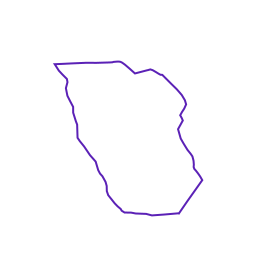 the district of Sirba, Western Darfur, Sudan, rotated 46°
{"feature_id": "16777658B17269795285399", "entity_name": "Sirba", "entity_type": "district", "adm_level": 2, "iso_a3": "SDN", "parent_name": "Sudan", "parent_adm1": "Western Darfur", "projection": "mercator", "projection_center": [22.421, 13.82], "detail": "fine", "context": "isolated", "style": "outline", "palette": "violet", "viewbox_px": 256, "rotation_deg": 46, "n_neighbors": 0, "source": "geoboundaries", "source_scale": "gbopen_adm2", "svg_char_len": 1283}
<svg xmlns="http://www.w3.org/2000/svg" viewBox="0 0 256 256"><g transform="rotate(46 128 128)"><path d="M173.0,189.9L177.1,189.9L181.2,189.5L183.1,190.0L186.4,189.2L191.1,184.5L192.5,183.5L194.8,181.9L202.4,174.6L207.5,171.5L215.2,162.3L224.7,150.6L224.8,150.6L221.8,135.8L219.4,123.0L217.1,110.8L213.1,109.8L210.8,109.4L208.7,109.1L205.9,108.8L203.5,108.7L201.7,107.9L200.1,106.1L197.2,103.7L196.4,103.2L193.2,101.4L190.4,100.9L185.0,100.4L177.7,98.8L172.2,97.4L163.6,92.8L160.7,83.4L158.4,82.5L155.1,81.6L154.0,78.0L153.1,74.1L151.4,69.8L147.6,67.8L141.6,66.4L134.0,66.0L126.7,66.2L114.8,66.4L113.6,66.4L112.2,67.7L111.4,67.9L110.5,68.2L107.0,69.1L103.8,70.0L103.1,70.3L102.0,70.9L101.4,71.2L100.8,72.3L100.2,73.5L99.9,73.9L93.6,85.1L86.6,85.6L80.3,86.2L77.0,86.8L75.3,87.4L73.9,88.4L72.7,89.7L71.7,90.9L70.4,92.5L69.8,93.7L67.7,96.1L58.7,106.0L56.0,108.7L54.5,110.3L52.8,112.0L51.5,113.4L49.9,115.2L42.9,123.1L36.7,130.2L31.2,136.4L31.8,136.5L38.7,137.9L43.8,138.0L50.3,137.9L53.0,139.7L56.2,145.0L62.7,149.2L68.5,151.0L74.7,152.8L78.9,156.8L86.9,160.8L90.2,162.2L100.0,171.1L104.0,171.8L110.8,172.4L121.1,174.2L129.7,174.6L137.6,178.7L141.4,179.8L144.9,179.9L151.2,181.6L154.9,183.6L158.7,187.1L162.6,188.9L173.0,189.9Z" fill="none" stroke="#5b21b6" stroke-width="2"/></g></svg>